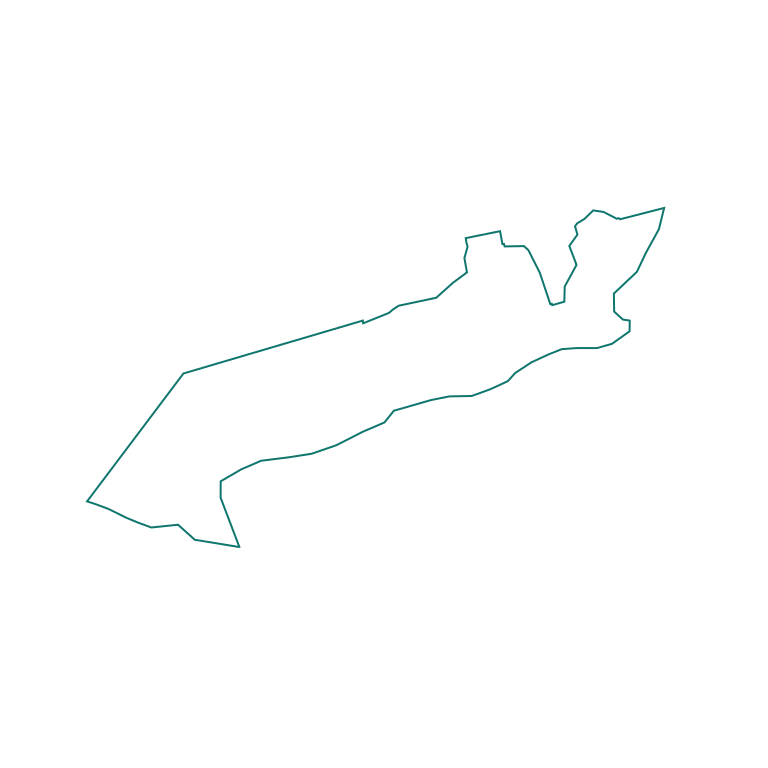 Serakhs, Ahal, Turkmenistan (Equal Earth projection), rotated 254°
{"feature_id": "10190150B96789976776616", "entity_name": "Serakhs", "entity_type": "district", "adm_level": 2, "iso_a3": "TKM", "parent_name": "Turkmenistan", "parent_adm1": "Ahal", "projection": "equal_earth", "projection_center": [61.378, 36.209], "detail": "fine", "context": "isolated", "style": "outline", "palette": "teal", "viewbox_px": 768, "rotation_deg": 254, "n_neighbors": 0, "source": "geoboundaries", "source_scale": "gbopen_adm2", "svg_char_len": 1158}
<svg xmlns="http://www.w3.org/2000/svg" viewBox="0 0 768 768"><g transform="rotate(254 384 384)"><path d="M266.4,200.1L319.7,195.6L335.5,200.2L341.3,223.2L344.1,244.6L339.8,272.2L336.9,295.3L338.3,321.4L344.0,350.7L346.9,373.8L355.6,386.1L355.6,424.8L354.1,443.3L348.3,465.0L349.7,485.1L352.6,503.8L358.4,513.1L364.2,531.7L367.1,550.4L368.5,564.4L365.6,578.4L359.8,598.7L359.8,614.3L367.0,634.6L377.2,637.7L380.1,631.4L390.2,625.2L407.6,629.9L422.1,658.0L438.1,672.1L457.0,690.9L476.0,701.8L477.3,656.4L478.7,655.2L478.7,653.3L488.9,642.4L493.2,633.0L487.4,622.1L485.2,614.0L483.0,611.1L474.3,611.1L465.6,600.2L446.8,601.8L446.6,601.6L445.3,601.8L427.9,584.6L413.4,580.0L413.4,567.5L414.9,567.4L414.9,565.9L448.2,564.4L472.8,559.7L478.0,556.5L483.0,537.9L485.6,537.9L485.8,536.4L498.9,537.7L501.7,502.8L497.4,502.2L493.1,502.2L491.8,501.5L491.6,501.4L491.2,501.1L482.9,496.0L468.4,494.5L462.4,478.4L452.5,458.0L455.2,419.7L453.2,413.2L451.0,408.5L448.1,380.7L450.8,381.1L449.4,194.1L353.0,66.2L348.4,73.1L339.9,84.6L326.3,99.6L318.3,109.7L310.2,120.8L305.5,147.2L286.4,159.2L267.1,200.1L266.4,200.1Z" fill="none" stroke="#0f766e" stroke-width="2"/></g></svg>